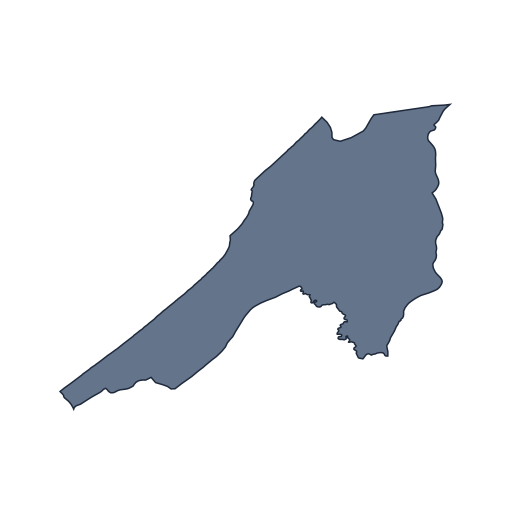 the district of Mueang Narathiwat, Narathiwat, Thailand, rotated 263°
{"feature_id": "78962969B31308774945788", "entity_name": "Mueang Narathiwat", "entity_type": "district", "adm_level": 2, "iso_a3": "THA", "parent_name": "Thailand", "parent_adm1": "Narathiwat", "projection": "natural_earth1", "projection_center": [101.803, 6.43], "detail": "fine", "context": "isolated", "style": "filled", "palette": "slate", "viewbox_px": 512, "rotation_deg": 263, "n_neighbors": 0, "source": "geoboundaries", "source_scale": "gbopen_adm2", "svg_char_len": 6133}
<svg xmlns="http://www.w3.org/2000/svg" viewBox="0 0 512 512"><g transform="rotate(263 256 256)"><path d="M134.4,155.5L134.1,159.5L138.1,166.1L144.2,177.5L148.6,184.3L151.8,189.8L153.9,192.8L158.3,199.7L161.1,204.5L164.6,209.2L166.1,211.0L169.4,214.5L173.3,217.0L176.7,220.6L178.7,223.0L183.3,226.3L193.2,234.2L195.9,236.3L197.9,238.1L203.4,244.0L205.1,246.5L206.4,249.1L208.7,254.9L210.6,261.4L212.7,270.3L215.4,277.6L217.3,284.6L218.6,288.1L219.7,291.7L220.8,295.1L220.4,296.5L219.2,297.1L218.4,297.7L217.9,297.6L217.5,297.3L216.9,296.2L216.2,295.9L215.7,296.1L215.4,296.6L215.4,297.2L215.6,298.0L215.3,298.5L214.2,298.6L213.2,298.0L212.6,298.1L212.4,298.4L212.3,298.7L212.7,300.4L211.4,302.2L211.0,304.8L210.7,304.8L209.2,303.9L208.8,304.1L207.7,304.8L207.2,304.7L205.6,305.4L204.9,305.4L203.7,304.9L203.2,304.9L202.9,305.1L202.6,305.7L202.6,306.2L202.9,306.9L204.2,308.0L204.8,309.3L204.8,310.0L204.3,310.7L204.0,310.7L203.5,310.5L203.2,309.8L202.7,308.4L202.4,308.0L202.1,307.9L201.5,308.1L200.3,309.2L198.7,309.9L198.1,310.9L197.8,312.0L197.6,313.2L197.9,314.2L198.3,314.7L198.9,315.1L199.4,316.6L199.2,318.9L199.4,321.0L198.8,322.8L199.2,324.1L199.6,326.3L200.5,327.4L200.4,328.1L198.2,329.9L197.7,330.0L196.6,329.7L195.4,329.9L191.1,332.4L190.8,332.9L190.4,334.0L189.8,334.4L189.2,334.4L188.4,334.8L187.9,335.3L186.6,337.3L186.3,337.5L185.8,337.6L185.4,337.4L183.8,335.8L183.0,335.8L182.6,336.0L181.6,338.2L181.1,338.6L180.1,338.7L179.5,338.4L179.5,337.8L180.0,336.8L180.1,336.2L180.0,335.8L179.7,335.3L178.1,334.0L177.6,331.7L177.3,331.3L176.5,331.1L175.9,331.7L175.3,331.7L175.0,331.6L174.6,330.8L174.3,329.3L174.1,328.7L173.7,328.4L173.1,328.3L172.3,329.0L171.6,329.1L171.3,328.9L169.7,327.3L169.3,327.1L168.6,327.0L168.4,327.3L168.3,327.8L168.2,329.5L168.0,330.2L167.6,331.1L167.0,331.5L166.4,331.4L165.8,330.9L165.8,328.9L165.6,328.0L164.9,327.6L164.0,327.5L163.7,327.7L163.1,328.6L162.8,330.2L162.6,332.1L162.1,333.0L162.1,333.5L162.5,335.1L162.9,335.4L163.8,335.6L164.9,335.4L165.2,335.6L165.5,336.1L165.4,336.9L165.2,337.2L164.9,337.2L164.2,337.0L163.6,337.1L161.9,338.6L161.3,338.8L160.5,338.5L159.6,337.5L159.2,337.4L159.0,337.9L159.2,339.5L159.2,340.1L159.0,340.7L158.0,342.9L157.7,343.1L156.7,343.1L154.8,344.3L154.5,344.4L154.0,344.1L152.8,342.2L152.4,341.9L151.5,341.8L151.2,342.0L149.5,344.1L148.5,344.3L147.6,343.7L146.9,343.7L142.6,345.2L142.4,345.4L142.0,346.1L141.1,348.9L140.9,349.5L141.1,349.9L144.3,352.9L145.1,354.3L145.3,355.5L145.3,355.9L143.6,358.5L144.2,360.3L144.2,362.2L144.9,364.5L145.0,367.8L144.7,369.0L144.6,369.8L144.3,370.3L143.3,371.3L141.9,371.7L141.1,372.4L140.7,373.7L140.7,374.7L145.1,375.2L150.2,374.8L151.5,375.1L153.0,376.4L156.0,378.5L158.4,379.5L164.7,384.3L168.7,386.6L170.5,388.2L173.6,390.1L174.1,391.5L174.7,392.1L175.4,392.1L175.9,392.7L176.6,393.9L178.3,395.0L180.5,395.5L183.3,395.8L186.5,397.7L189.4,400.5L190.7,402.1L192.0,404.2L194.4,408.9L196.0,412.8L196.8,415.1L198.3,423.1L199.9,429.1L201.0,432.1L202.7,434.4L204.9,436.2L206.2,437.1L208.1,437.7L209.7,437.5L212.2,436.3L215.8,433.5L218.2,432.0L220.3,431.2L222.3,430.6L224.5,430.4L226.5,430.6L227.8,431.3L230.0,433.3L232.0,434.5L234.1,435.1L235.7,435.2L237.0,435.0L238.5,435.2L241.0,436.1L242.6,436.2L244.1,436.2L246.4,435.8L249.5,436.2L251.0,436.9L253.2,438.2L255.5,440.7L257.0,441.6L258.6,442.4L259.5,443.7L260.6,444.3L264.7,445.4L266.0,445.0L270.1,445.9L272.0,445.8L276.0,445.2L290.6,441.5L297.1,438.5L299.2,441.8L300.9,443.4L303.5,445.3L305.4,446.2L307.5,446.4L309.0,446.3L310.6,446.0L315.7,444.4L318.2,444.2L323.9,445.4L330.9,446.0L335.2,446.8L338.6,446.9L340.7,446.5L342.9,445.6L344.3,444.8L349.4,441.3L351.0,440.8L353.2,440.9L355.1,441.5L356.3,442.1L357.8,443.4L358.6,444.5L358.9,445.7L359.4,448.5L360.1,449.2L361.4,450.0L362.0,450.1L362.6,449.9L364.0,448.7L364.5,448.7L364.8,448.8L366.5,451.4L368.5,453.8L371.1,455.4L376.6,459.2L377.8,460.3L379.1,461.7L382.8,467.0L382.8,461.5L383.7,448.8L383.1,445.9L381.8,390.2L378.3,387.0L369.7,380.6L367.0,377.8L361.9,365.0L359.6,353.6L362.0,347.2L364.4,345.9L369.5,346.4L374.6,345.5L380.1,342.8L385.8,338.2L385.5,337.8L385.0,337.5L381.1,332.7L379.9,330.9L377.5,328.2L375.9,325.9L375.7,325.3L375.2,324.8L374.4,323.6L372.8,322.0L371.7,320.4L371.4,319.6L369.5,317.6L367.0,314.1L366.1,313.2L364.1,309.9L361.0,306.4L360.1,304.8L358.9,303.2L357.6,300.9L356.1,299.4L353.1,295.1L345.4,284.5L343.1,281.3L339.7,275.6L331.4,264.2L330.2,263.3L328.7,262.8L327.6,262.5L327.3,262.7L326.6,262.7L324.8,261.5L323.1,259.7L322.3,259.3L322.0,259.4L321.2,260.1L320.6,260.1L316.9,259.0L315.3,258.7L314.3,257.9L312.9,257.6L312.3,257.7L311.1,258.6L310.7,259.5L309.7,259.9L308.0,259.6L306.7,258.8L301.2,254.7L299.4,254.1L297.1,252.6L294.8,250.7L293.3,249.1L289.6,246.1L285.0,241.0L279.3,232.7L274.9,232.5L272.8,231.7L268.5,230.6L264.9,228.2L263.9,227.4L261.5,225.7L258.8,223.1L255.9,219.4L255.4,219.1L255.0,218.6L253.7,216.5L253.2,216.2L252.5,215.2L252.0,214.8L250.1,212.5L249.3,211.7L248.2,209.9L247.2,208.9L246.9,208.2L245.9,207.0L245.0,205.5L243.3,203.8L243.0,203.1L242.2,202.1L240.8,199.8L239.3,198.4L238.4,196.6L237.6,195.6L234.5,191.0L233.1,189.4L231.0,186.0L230.2,184.4L228.4,182.2L226.9,180.1L225.2,177.2L224.9,176.8L224.5,176.0L224.2,175.7L223.1,173.6L222.3,172.7L221.4,171.0L220.5,169.9L215.5,161.8L214.7,160.8L212.7,157.2L210.3,153.9L208.7,151.2L207.2,149.1L205.8,147.5L202.2,141.5L201.0,139.9L199.0,136.3L197.5,134.5L195.5,130.7L195.1,130.3L192.1,125.1L191.3,124.3L185.0,113.6L180.7,106.7L179.8,104.9L176.9,99.7L175.6,97.1L170.0,87.7L167.9,83.9L167.2,82.8L165.3,78.9L163.9,76.9L161.4,72.4L159.7,69.3L159.1,68.7L151.6,55.7L148.3,49.6L145.4,45.0L144.4,45.7L141.9,47.7L141.3,47.9L139.7,48.1L138.6,48.6L135.3,51.7L133.6,53.0L131.3,54.4L128.1,55.8L126.2,56.4L127.6,57.1L128.7,58.4L129.3,59.5L130.3,63.8L134.5,72.4L136.7,77.3L139.5,84.2L140.6,86.3L142.2,88.3L143.0,90.7L141.4,92.1L139.5,93.2L137.9,95.2L137.7,97.7L138.3,99.9L139.2,102.2L139.7,104.4L139.8,111.6L140.2,113.7L140.9,115.8L141.9,118.2L143.7,119.7L145.2,121.4L146.4,124.0L146.7,126.2L146.7,128.7L146.3,131.4L148.3,137.1L142.6,140.9L139.6,147.8L137.3,152.3L134.4,155.5Z" fill="#64748b" stroke="#1e293b" stroke-width="1.5"/></g></svg>